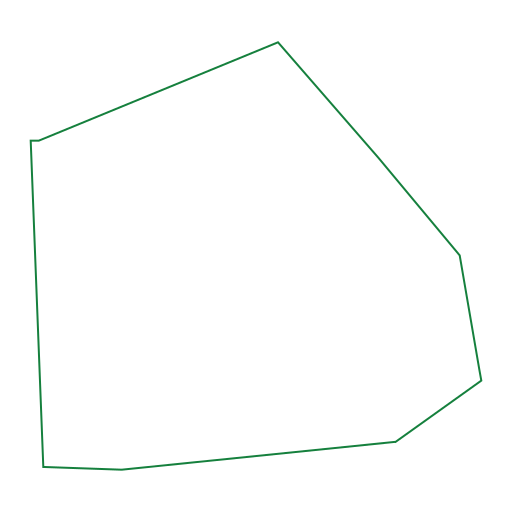 Chateau Belair, Soufrière, Saint Lucia
{"feature_id": "8701671B28049445861870", "entity_name": "Chateau Belair", "entity_type": "district", "adm_level": 2, "iso_a3": "LCA", "parent_name": "Saint Lucia", "parent_adm1": "Soufrière", "projection": "albers", "projection_center": [-61.053, 13.819], "detail": "fine", "context": "isolated", "style": "outline", "palette": "green", "viewbox_px": 512, "rotation_deg": 0, "n_neighbors": 0, "source": "geoboundaries", "source_scale": "gbopen_adm2", "svg_char_len": 290}
<svg xmlns="http://www.w3.org/2000/svg" viewBox="0 0 512 512"><path d="M194.3,462.3L394.8,441.9L395.4,442.0L481.3,380.6L479.4,370.0L459.7,255.4L378.5,157.9L278.0,42.3L38.7,140.7L30.7,140.7L43.3,467.0L44.6,467.0L121.7,469.7L194.3,462.3Z" fill="none" stroke="#15803d" stroke-width="2"/></svg>